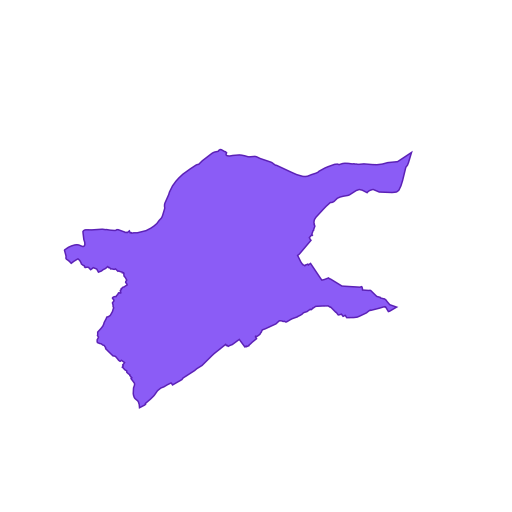 Tha Ruea, Phra Nakhon Si Ayutthaya, Thailand (orthographic projection), rotated 141°
{"feature_id": "78962969B60015542915267", "entity_name": "Tha Ruea", "entity_type": "district", "adm_level": 2, "iso_a3": "THA", "parent_name": "Thailand", "parent_adm1": "Phra Nakhon Si Ayutthaya", "projection": "orthographic", "projection_center": [100.715, 14.546], "detail": "fine", "context": "isolated", "style": "filled", "palette": "violet", "viewbox_px": 512, "rotation_deg": 141, "n_neighbors": 0, "source": "geoboundaries", "source_scale": "gbopen_adm2", "svg_char_len": 6114}
<svg xmlns="http://www.w3.org/2000/svg" viewBox="0 0 512 512"><g transform="rotate(141 256 256)"><path d="M120.0,228.2L110.3,219.7L107.7,218.0L106.4,217.3L104.2,217.2L103.4,217.3L99.1,219.4L94.6,222.4L84.1,230.4L83.6,230.7L81.1,231.3L78.6,232.7L70.0,238.6L86.6,240.2L94.9,245.7L100.1,248.0L104.7,250.9L107.8,253.6L114.2,259.7L118.4,262.5L119.5,263.5L120.2,264.4L121.2,265.1L121.8,266.0L123.3,267.0L125.8,269.7L128.5,272.1L130.4,273.3L133.9,274.7L134.9,276.2L137.3,277.8L143.9,280.1L147.0,281.0L153.6,282.2L155.2,282.1L157.2,282.6L161.6,284.3L165.8,285.6L167.7,286.8L169.5,288.4L173.2,293.7L175.9,299.0L183.0,313.6L183.8,314.2L184.0,315.5L184.4,316.4L184.6,317.7L185.0,318.9L185.8,320.3L191.4,329.1L193.1,332.7L193.9,333.8L194.6,334.4L198.7,337.2L199.7,338.1L201.8,341.1L203.8,343.5L205.3,345.0L210.7,348.7L213.6,350.3L215.0,351.7L215.5,352.5L215.6,353.3L215.4,353.7L214.9,354.2L213.9,354.7L214.1,356.3L214.7,357.0L216.0,360.4L216.3,360.6L216.8,361.3L218.3,361.5L219.2,361.2L219.6,361.2L222.7,362.8L224.3,363.3L225.8,363.5L237.8,363.8L242.8,363.3L244.3,364.1L245.4,364.4L252.5,365.1L261.4,365.6L266.9,365.2L271.2,364.5L276.8,363.0L282.9,360.2L285.3,358.6L293.5,354.4L294.6,353.6L295.7,352.4L296.6,350.9L297.2,350.3L303.2,346.2L304.5,345.5L305.8,345.0L308.9,344.6L312.6,343.6L316.5,343.5L320.2,343.8L325.5,344.9L333.6,348.7L336.3,350.9L338.2,351.9L338.2,352.6L339.2,353.1L338.6,355.2L341.3,355.2L341.6,355.4L341.9,356.1L342.9,356.6L343.0,357.3L346.5,363.1L346.9,363.5L347.5,364.0L348.9,364.2L349.8,364.8L353.1,367.9L355.5,370.6L356.5,371.3L358.5,373.5L367.3,379.7L371.3,383.1L372.5,383.9L374.0,384.2L375.1,383.9L376.2,382.3L379.4,377.2L380.4,374.6L381.6,372.8L382.7,372.0L383.3,371.9L384.3,372.1L384.6,372.3L385.2,373.2L386.8,376.1L388.1,377.5L390.0,378.7L392.9,379.9L396.2,380.8L400.5,381.2L401.2,381.0L403.7,375.4L404.9,374.1L405.2,373.7L405.3,372.8L404.8,371.2L404.4,369.2L404.2,366.6L400.8,366.5L396.3,365.9L396.1,365.7L395.8,363.5L396.2,360.9L396.7,359.8L396.2,357.5L395.7,356.8L395.6,356.4L395.7,355.7L396.1,355.5L396.0,354.5L394.1,353.5L393.2,352.4L393.3,351.6L393.1,349.4L391.0,349.3L389.8,349.4L388.0,346.1L388.6,342.6L385.5,341.6L383.4,341.6L380.8,341.0L377.9,341.1L377.8,339.6L377.1,339.2L377.1,337.4L376.2,336.8L374.6,334.8L373.3,334.4L372.9,331.0L372.2,330.8L371.3,329.2L370.2,327.8L370.2,327.5L370.5,327.0L369.5,326.4L369.5,325.7L370.0,325.3L371.2,323.4L371.1,323.0L371.2,320.7L371.4,320.0L371.6,318.6L373.3,318.1L374.0,317.4L373.9,316.0L374.3,314.6L376.8,314.9L377.7,314.9L379.2,315.5L380.2,315.3L381.2,315.5L381.6,315.2L381.8,314.6L382.8,314.7L383.2,314.6L383.9,312.9L384.4,312.4L385.0,312.7L385.4,313.6L385.8,313.8L386.5,313.7L387.8,313.1L389.3,313.0L390.3,312.5L391.3,313.3L392.1,313.7L393.3,313.9L393.8,313.8L394.1,313.5L394.3,313.0L394.0,312.1L394.0,311.8L394.6,310.6L395.0,310.4L396.5,310.1L397.1,309.9L397.9,307.9L398.8,306.8L399.3,305.2L400.5,304.6L402.4,303.2L406.7,301.5L409.1,301.8L410.2,302.4L410.5,302.4L411.6,301.7L415.8,299.9L417.2,298.9L419.2,297.9L422.3,297.2L426.9,296.5L427.4,295.9L428.4,294.6L429.3,293.9L429.4,292.1L430.5,291.5L432.1,290.9L433.3,289.5L433.7,288.5L432.5,286.3L431.5,285.1L431.1,283.2L430.4,282.3L430.3,282.0L430.6,279.2L431.2,278.6L430.7,274.0L430.0,268.3L429.2,267.6L428.4,266.4L428.3,262.4L428.4,261.7L428.1,260.3L427.9,259.8L427.7,259.6L426.5,259.7L426.2,259.6L425.2,255.9L426.5,255.5L428.1,255.3L428.3,255.1L428.2,254.5L428.3,254.2L428.8,254.0L429.5,253.9L429.9,253.7L429.7,253.1L429.6,251.7L429.6,250.5L429.3,249.3L428.7,248.2L429.6,246.9L429.3,244.8L428.8,243.0L428.9,242.8L429.2,242.7L429.3,242.5L429.2,239.5L430.1,239.6L430.3,239.1L430.5,233.8L430.9,233.0L431.4,232.4L432.3,231.7L434.0,230.7L434.8,229.9L438.0,226.3L438.7,225.1L439.5,223.1L439.7,222.1L439.7,221.1L439.1,217.9L439.2,216.7L440.2,214.1L442.0,211.4L436.2,210.2L435.9,210.3L435.1,210.3L434.8,211.0L427.9,211.2L423.7,211.6L422.2,211.9L417.7,213.2L416.8,213.3L413.7,213.3L412.7,213.2L410.0,212.3L405.8,211.7L402.3,210.9L402.0,210.8L401.8,210.4L402.0,208.3L391.4,206.6L389.3,207.1L375.8,205.6L373.0,205.7L366.8,204.9L353.0,206.3L350.1,206.5L335.2,206.4L335.4,205.0L334.7,204.8L334.5,203.3L332.5,202.9L330.2,202.1L321.5,201.7L321.9,192.4L320.5,192.2L320.7,191.6L319.2,191.1L318.0,190.8L317.9,191.1L315.4,191.2L313.2,191.4L307.6,191.4L307.3,193.5L306.8,193.9L306.4,193.5L306.3,193.1L306.0,192.9L303.7,192.7L302.2,192.7L300.5,193.4L299.7,193.5L299.2,193.9L297.5,194.6L294.6,193.6L283.2,190.7L278.6,191.0L278.2,190.5L277.6,190.2L276.8,189.3L276.1,188.0L275.2,187.6L274.3,185.8L272.9,185.4L269.3,184.9L267.4,184.5L266.2,184.1L262.0,182.6L261.4,182.7L259.6,182.2L257.0,181.8L255.1,182.0L254.1,181.8L251.4,180.7L247.5,180.5L247.3,180.4L247.1,179.6L245.0,179.5L244.9,179.7L244.7,179.8L243.8,179.5L241.3,179.3L236.3,175.7L231.3,171.8L230.6,169.6L230.3,169.6L230.1,169.2L229.4,162.0L229.1,161.7L229.2,158.6L228.9,158.2L226.2,157.0L226.3,154.3L225.7,154.1L224.3,153.9L224.0,153.7L224.3,151.0L224.1,150.8L218.7,146.6L215.8,144.8L213.1,144.0L206.0,142.3L203.2,142.3L201.3,142.1L201.2,141.6L193.2,137.9L188.3,135.9L188.0,135.7L187.9,135.0L187.3,134.9L188.1,129.5L186.9,129.0L178.9,127.8L182.7,134.0L182.8,138.2L182.7,140.2L183.2,141.9L183.7,142.4L185.7,145.1L185.5,145.7L187.6,148.6L188.5,156.4L188.6,157.0L189.0,157.6L190.0,158.2L194.6,162.5L193.7,163.9L193.2,165.1L193.2,165.7L194.9,166.4L208.1,178.5L212.6,191.2L213.3,192.2L213.4,193.3L217.7,194.7L220.0,195.8L219.9,198.0L218.3,215.9L221.0,216.1L220.9,217.1L222.1,217.4L222.7,217.8L223.4,217.6L224.2,217.7L224.3,218.4L224.7,219.0L225.0,219.3L224.9,220.3L225.1,220.7L224.9,223.2L223.3,230.3L221.5,230.2L219.6,230.5L203.4,233.6L203.4,234.9L203.0,236.7L200.5,237.2L200.0,237.1L199.4,236.6L199.0,236.7L199.1,237.7L195.6,239.8L194.9,239.8L194.4,240.4L191.4,242.2L191.1,243.8L190.6,244.0L190.3,244.9L189.9,245.6L188.3,247.1L187.2,247.7L185.0,248.4L174.9,249.9L170.2,250.5L164.6,250.8L163.2,249.8L161.8,249.4L160.8,249.3L156.5,249.7L153.5,248.9L150.3,247.4L146.4,245.2L144.9,244.7L136.9,243.8L133.9,242.7L132.0,240.3L129.8,235.3L128.9,235.5L127.8,235.5L126.6,235.4L124.0,234.5L123.0,233.9L120.0,228.2Z" fill="#8b5cf6" stroke="#5b21b6" stroke-width="1.5"/></g></svg>